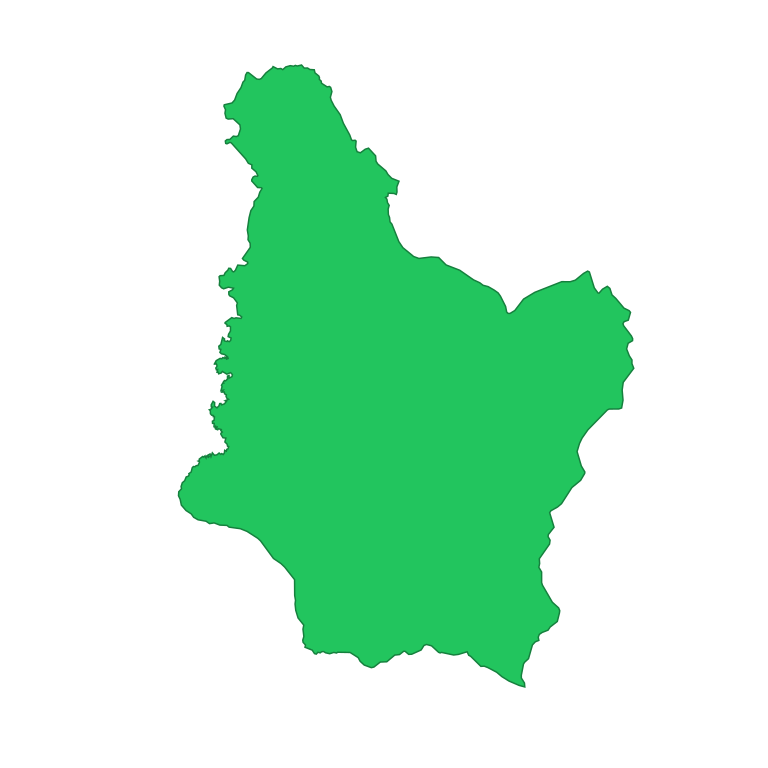 Phu Ruea, Loei, Thailand, rotated 18°
{"feature_id": "78962969B51593367753685", "entity_name": "Phu Ruea", "entity_type": "district", "adm_level": 2, "iso_a3": "THA", "parent_name": "Thailand", "parent_adm1": "Loei", "projection": "natural_earth1", "projection_center": [101.314, 17.413], "detail": "fine", "context": "isolated", "style": "filled", "palette": "green", "viewbox_px": 768, "rotation_deg": 18, "n_neighbors": 0, "source": "geoboundaries", "source_scale": "gbopen_adm2", "svg_char_len": 6170}
<svg xmlns="http://www.w3.org/2000/svg" viewBox="0 0 768 768"><g transform="rotate(18 384 384)"><path d="M521.6,621.5L534.0,620.2L538.3,618.2L545.8,613.0L548.4,615.8L550.6,616.2L563.4,622.6L566.5,621.4L570.4,621.6L580.2,623.3L586.6,625.9L594.7,627.9L605.7,628.9L611.5,628.6L610.0,625.0L605.5,621.2L604.6,618.6L603.2,607.2L603.7,605.2L606.3,600.6L605.8,586.3L607.6,582.4L610.5,580.0L608.9,577.1L609.1,574.1L611.2,571.4L616.1,567.4L617.1,563.8L622.2,556.3L621.6,547.6L621.2,545.3L619.3,543.0L611.5,539.5L596.9,526.4L595.3,524.2L592.0,514.1L587.9,510.5L587.5,506.7L585.7,502.2L590.9,485.1L590.2,481.2L587.2,478.5L586.8,476.4L590.0,467.7L581.3,455.2L581.9,453.0L587.1,447.3L589.8,443.0L594.7,424.4L600.8,414.8L602.5,407.1L602.2,405.6L597.0,401.0L588.5,388.6L588.3,380.2L589.1,374.2L592.1,364.5L604.5,339.5L606.0,338.2L615.0,335.2L617.4,333.4L616.3,325.5L612.4,316.2L611.0,308.5L616.7,291.9L613.5,288.0L612.4,284.5L608.6,281.4L603.9,275.7L603.6,269.8L607.0,266.0L606.5,264.1L604.5,261.9L594.0,254.6L592.6,252.8L593.1,250.5L596.6,247.8L596.3,239.7L594.5,238.5L588.8,237.7L577.9,230.9L573.3,228.8L569.3,223.3L566.2,222.1L562.5,226.3L560.4,231.2L559.4,231.3L554.3,227.6L544.7,214.0L542.8,213.7L539.6,217.2L533.9,226.1L529.5,229.2L521.4,231.8L499.1,250.2L490.5,260.1L485.7,273.7L482.0,278.0L480.0,278.5L478.4,277.6L475.7,272.7L467.6,264.5L464.4,262.1L459.6,260.6L453.0,259.2L447.7,259.5L443.8,258.1L437.0,257.3L420.8,252.4L406.3,251.6L396.9,246.8L389.6,248.6L378.4,253.8L372.8,253.6L359.8,248.5L354.1,244.0L342.1,229.5L339.6,227.9L337.8,223.9L335.8,221.5L333.9,216.4L333.7,212.5L331.3,210.5L329.7,207.4L327.7,206.1L329.6,204.2L329.1,201.2L334.6,199.7L337.1,199.9L337.0,197.4L335.3,192.6L335.6,186.5L327.8,186.0L323.0,183.5L320.0,180.8L310.1,176.7L307.6,174.6L305.5,169.6L296.4,164.5L293.6,166.5L290.1,171.4L286.6,171.4L283.8,167.6L282.4,161.6L281.2,161.1L278.9,162.2L277.6,161.8L274.5,157.8L264.8,148.6L259.1,141.4L250.7,135.1L246.1,130.5L244.4,127.9L244.1,122.0L241.6,118.4L240.1,117.9L238.1,119.0L231.7,117.3L230.6,115.3L228.4,114.3L227.9,112.5L226.8,111.2L222.2,109.4L220.6,106.7L216.3,107.8L213.7,107.1L210.5,108.2L207.0,106.1L203.2,108.4L201.2,108.4L199.9,109.7L196.5,110.2L192.6,112.8L190.6,116.3L188.4,115.8L185.4,117.2L180.4,116.4L180.2,117.8L175.6,124.6L172.9,131.4L171.3,132.8L168.7,133.3L158.9,129.7L157.5,130.1L156.9,132.9L157.7,138.2L156.6,140.4L156.4,146.3L154.5,153.1L154.2,160.1L152.6,163.7L145.8,167.8L145.9,169.2L148.5,172.1L149.1,175.7L151.7,179.9L153.9,180.2L158.6,178.3L166.9,182.1L168.7,185.8L168.7,192.9L167.1,194.3L164.1,194.8L161.8,199.1L159.2,200.0L158.0,201.9L159.1,204.1L160.4,204.1L162.8,201.8L164.3,201.9L182.9,212.7L186.8,216.0L190.6,216.4L191.6,219.6L196.7,221.7L199.6,224.7L199.5,225.6L197.1,226.1L195.6,227.6L195.1,230.5L195.5,231.8L203.1,236.2L206.8,235.2L207.6,235.7L206.6,240.0L206.7,245.2L204.1,250.6L205.3,255.0L203.8,260.2L204.3,267.5L206.4,279.7L209.2,285.1L210.1,288.8L213.2,291.5L214.6,295.3L210.6,308.4L212.3,309.5L216.7,310.2L217.2,311.6L215.1,314.5L208.2,316.1L207.5,321.9L206.4,323.8L205.2,323.8L202.4,321.5L200.6,321.9L200.3,324.0L198.6,327.2L198.2,330.2L194.7,331.6L194.0,332.9L196.0,337.1L196.8,340.9L199.8,342.7L202.1,343.0L206.1,340.0L211.3,339.4L210.8,341.2L207.9,344.3L208.8,346.8L209.9,347.8L214.3,348.5L219.5,352.2L219.6,354.9L223.5,363.4L225.5,363.2L228.0,364.2L227.8,365.8L222.8,366.8L221.1,368.0L218.7,367.9L213.9,374.6L214.1,375.4L216.1,375.9L217.0,377.6L218.8,376.6L220.3,377.0L221.6,381.0L220.8,384.7L221.1,387.1L224.4,387.5L224.7,389.9L223.7,391.6L221.8,391.3L221.5,392.1L219.1,392.3L218.5,392.0L218.5,390.5L216.1,389.6L216.6,396.8L215.2,399.1L216.4,401.6L218.1,401.5L218.2,404.7L220.1,405.5L223.3,405.2L226.9,406.5L227.9,407.9L226.7,408.9L225.7,406.9L225.4,408.1L224.5,407.7L224.6,408.8L222.6,408.7L221.9,410.1L220.2,410.3L217.2,413.6L216.5,417.4L217.1,417.4L217.4,415.8L219.2,417.6L219.7,419.0L219.1,420.8L220.2,422.3L221.3,421.6L221.6,424.4L222.6,424.0L223.6,425.4L225.9,423.7L226.4,422.0L231.5,423.2L234.6,420.6L236.9,421.9L237.2,423.9L234.9,426.3L234.0,423.8L232.7,424.8L233.6,427.7L232.3,430.0L231.2,430.0L230.5,432.0L231.3,432.6L230.3,433.3L229.8,435.5L230.8,436.5L231.0,440.8L233.0,439.6L232.3,441.8L234.6,441.0L235.4,442.6L237.4,443.0L237.6,444.6L239.0,446.1L240.8,446.6L238.1,449.0L239.5,449.1L238.4,452.2L236.0,454.0L234.9,452.9L233.8,453.4L233.8,455.8L232.5,458.3L229.7,457.4L228.7,454.0L226.8,453.3L226.1,457.2L226.8,459.1L228.1,459.0L227.0,461.7L225.9,462.5L227.0,463.0L228.1,465.9L229.7,466.9L231.5,466.7L231.7,467.8L232.9,467.6L233.6,471.1L232.3,472.4L233.1,474.4L234.7,474.0L235.5,477.2L236.6,477.3L237.0,476.3L237.6,477.1L238.5,476.5L238.6,477.4L237.1,478.0L237.6,478.8L240.0,478.9L240.4,477.7L243.3,477.6L243.2,478.7L245.0,479.7L244.1,481.3L244.4,482.2L247.5,484.9L250.3,484.3L250.6,488.3L253.4,489.7L254.4,491.5L255.6,491.5L255.7,493.9L254.7,494.7L254.8,496.6L253.0,496.3L253.5,499.1L252.8,500.8L251.2,500.3L250.5,501.4L248.5,500.6L247.0,503.0L244.8,504.2L242.0,502.5L241.9,506.6L240.2,504.3L238.4,506.2L238.9,507.3L240.0,507.2L239.7,508.0L237.0,507.3L237.5,509.3L235.6,508.1L234.9,509.3L233.9,509.0L231.5,512.5L232.0,514.1L231.2,514.7L232.4,514.9L232.7,515.8L232.2,519.0L230.6,519.7L229.9,521.0L228.2,521.4L227.5,522.9L227.8,527.3L226.1,529.6L226.7,530.3L226.5,532.0L224.6,533.5L224.3,537.6L222.7,540.2L222.7,544.2L223.8,546.2L222.1,549.9L223.1,553.8L225.8,556.7L228.7,561.8L234.8,565.5L240.8,567.1L244.2,569.6L249.1,570.6L257.2,569.5L261.2,570.7L265.4,568.6L271.5,568.9L278.4,567.0L280.9,568.0L292.1,566.0L299.3,566.5L311.5,569.7L315.0,571.3L332.8,584.1L341.5,586.6L346.1,588.8L359.4,597.7L364.4,612.7L366.7,617.1L367.4,620.7L370.0,626.5L374.6,633.1L382.2,638.1L382.7,642.2L385.8,648.9L385.9,652.7L386.9,654.7L390.0,656.5L390.2,658.8L398.0,659.3L401.2,661.9L403.1,661.8L404.0,659.6L406.4,659.4L407.5,657.8L409.4,657.1L411.4,657.7L415.7,657.3L419.2,654.8L422.0,654.5L422.9,653.4L434.7,649.8L444.0,652.2L447.0,655.1L452.0,657.4L459.6,657.7L461.9,656.3L466.4,649.6L472.5,647.3L478.0,638.5L482.4,636.5L485.3,632.1L486.6,631.7L491.0,633.5L493.9,632.4L501.5,625.5L502.8,620.3L504.9,618.6L510.1,618.3L518.8,622.3L520.5,622.4L521.6,621.5Z" fill="#22c55e" stroke="#15803d" stroke-width="1.5"/></g></svg>